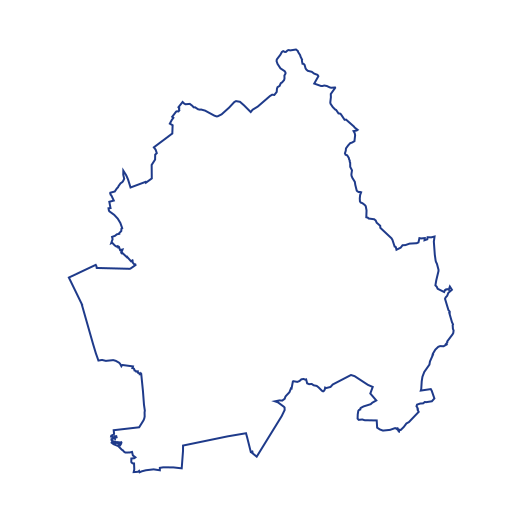 outline of Cerna, Tulcea, Romania, rotated 351°
{"feature_id": "2599482B66510571343783", "entity_name": "Cerna", "entity_type": "district", "adm_level": 2, "iso_a3": "ROU", "parent_name": "Romania", "parent_adm1": "Tulcea", "projection": "albers", "projection_center": [28.311, 45.064], "detail": "fine", "context": "isolated", "style": "outline", "palette": "blue", "viewbox_px": 512, "rotation_deg": 351, "n_neighbors": 0, "source": "geoboundaries", "source_scale": "gbopen_adm2", "svg_char_len": 6056}
<svg xmlns="http://www.w3.org/2000/svg" viewBox="0 0 512 512"><g transform="rotate(351 256 256)"><path d="M327.8,58.3L322.0,58.3L320.5,57.7L319.3,57.9L317.5,59.1L316.5,59.0L314.9,57.9L313.4,58.6L311.6,61.0L307.3,65.1L306.8,66.7L307.3,69.6L309.5,74.5L313.2,77.9L313.8,79.3L313.7,80.4L312.3,82.2L311.9,85.2L311.2,86.7L308.8,88.7L307.5,89.2L305.9,91.7L303.7,92.6L302.9,94.0L302.1,97.2L299.3,99.8L297.2,99.2L294.8,100.2L281.1,108.7L275.5,111.0L273.3,113.0L267.8,105.4L264.3,101.2L260.5,99.9L258.7,100.5L252.7,105.2L244.2,110.7L240.1,112.0L239.0,112.0L236.9,110.9L228.4,104.4L224.6,102.7L223.5,102.7L221.7,102.0L219.1,99.6L217.7,99.4L216.6,97.7L214.4,95.4L210.1,95.1L208.8,94.1L207.6,92.4L202.7,96.9L203.4,97.9L202.9,98.7L203.1,100.1L202.0,101.1L200.6,100.7L199.7,100.9L195.0,105.4L196.0,106.6L194.0,108.6L191.6,111.8L194.1,113.8L192.5,121.9L172.1,132.7L173.5,135.3L174.1,138.9L172.3,140.1L171.4,145.0L167.2,149.7L165.2,163.1L158.7,166.4L158.5,165.5L142.8,168.7L141.6,160.5L140.9,157.7L140.4,155.9L138.3,151.0L137.6,155.0L137.9,159.1L136.3,161.4L135.5,162.1L133.6,163.0L131.3,165.3L130.4,166.6L129.1,167.5L126.6,170.2L122.0,170.7L121.8,171.1L122.0,172.7L122.7,173.8L124.2,179.0L119.6,179.5L119.8,185.9L117.8,185.8L117.8,187.6L118.1,188.9L122.4,193.2L125.3,197.5L127.2,202.2L128.2,207.6L127.4,208.0L126.8,210.3L124.4,212.1L124.4,212.7L122.0,212.8L119.9,214.0L116.8,214.6L117.0,216.9L115.0,220.7L116.0,220.4L118.1,223.4L119.7,224.9L121.0,224.6L121.4,225.5L121.1,225.6L121.2,226.0L122.1,225.8L122.7,228.9L125.2,228.7L124.3,230.3L123.4,231.0L123.5,231.9L124.0,232.5L124.6,232.2L128.3,237.0L128.6,236.7L131.7,241.6L133.3,241.0L133.4,241.7L133.0,242.1L133.0,242.7L133.5,243.7L134.4,245.1L135.5,245.4L135.6,246.1L130.0,248.8L129.3,248.9L96.8,242.9L96.8,241.2L96.3,239.7L67.8,248.0L76.6,276.9L76.4,277.0L81.3,317.5L82.6,327.0L84.0,334.6L87.7,334.6L91.3,336.1L98.7,336.5L101.1,337.6L104.1,340.0L104.9,341.2L105.8,343.8L106.7,342.8L107.2,342.8L117.2,345.8L116.4,347.4L117.2,347.6L117.9,348.4L118.1,350.1L119.1,350.5L119.6,351.5L121.2,351.4L121.2,352.9L122.7,353.7L122.6,354.6L123.3,354.7L123.9,353.9L124.2,354.4L123.2,371.9L122.1,385.3L122.0,391.4L121.5,392.9L120.9,397.2L120.2,399.0L119.2,400.7L113.8,406.9L88.2,405.8L88.0,409.4L87.5,410.1L85.0,410.8L84.6,411.7L87.6,413.0L88.3,412.0L89.8,412.1L89.9,413.3L88.0,413.5L88.0,414.5L86.7,413.9L84.6,414.3L84.5,415.2L86.2,417.0L87.9,417.2L88.5,418.2L89.5,418.0L92.0,418.7L91.9,419.3L92.2,419.5L93.7,418.8L93.9,419.1L93.4,420.3L92.3,421.6L89.7,418.9L87.8,418.7L85.0,416.7L84.2,417.8L85.9,419.6L90.2,422.2L93.2,426.4L94.1,427.1L94.9,428.5L96.2,429.7L100.6,430.3L102.9,430.1L103.2,433.7L105.4,436.0L104.1,436.7L101.2,436.5L100.6,439.9L100.8,440.5L101.7,441.5L103.1,441.8L102.4,447.7L101.4,450.3L104.7,450.6L106.0,450.6L106.9,450.0L107.2,451.4L109.5,450.8L113.7,450.4L121.5,450.7L127.5,452.6L127.9,450.2L131.4,450.2L141.4,451.9L149.4,454.1L153.4,437.2L154.3,431.8L199.8,429.7L218.2,429.5L218.4,429.5L218.9,434.0L220.2,448.7L221.8,448.5L221.9,449.1L221.1,449.6L225.3,454.3L256.3,418.2L260.2,412.6L260.5,410.1L260.0,409.3L254.8,404.0L252.0,402.5L256.6,402.3L259.3,402.9L262.0,401.5L263.0,399.6L263.8,398.8L267.7,395.8L269.9,392.1L270.4,392.4L272.8,385.7L273.3,385.5L277.1,386.8L279.4,386.3L281.5,384.9L283.8,384.9L285.2,385.8L286.2,385.7L286.6,389.8L288.4,390.9L291.0,391.1L292.7,392.7L295.6,393.8L297.2,395.5L300.2,399.6L301.1,400.2L301.9,399.9L303.0,398.7L303.7,396.8L304.6,397.4L309.1,397.0L311.7,394.9L331.2,388.4L334.6,390.1L346.4,400.8L350.8,403.6L347.4,409.7L352.2,417.5L347.9,419.1L346.1,420.3L338.7,421.4L335.8,422.4L335.2,422.9L335.0,423.9L333.6,424.2L332.8,425.0L331.7,428.4L330.9,432.5L331.8,433.9L335.4,434.1L337.6,435.2L349.5,437.3L348.8,444.5L351.2,446.7L354.1,448.3L361.2,448.7L366.1,447.8L367.0,447.9L367.5,448.5L368.6,448.2L368.9,448.4L368.4,449.3L369.3,450.5L369.5,451.6L369.8,451.8L370.4,450.0L371.7,450.5L375.2,448.0L378.4,444.9L381.0,444.0L392.3,435.4L391.6,433.4L392.0,432.6L391.6,432.3L391.7,431.0L391.0,429.5L391.8,428.0L395.1,427.4L398.0,427.7L399.9,426.6L401.2,427.0L407.0,427.0L409.9,424.6L408.5,416.7L407.8,414.8L397.7,414.7L398.4,413.2L400.1,405.6L401.5,401.3L404.1,396.8L410.3,390.4L411.3,387.4L415.2,381.4L414.9,381.3L415.4,380.2L418.5,376.5L421.8,374.2L423.8,373.8L427.1,374.5L430.3,373.3L429.8,372.7L431.4,371.4L431.5,370.3L438.0,364.0L438.8,362.9L439.5,360.5L439.1,358.7L439.4,355.2L439.9,354.4L439.2,352.0L438.2,344.0L438.1,343.1L438.3,343.2L438.6,341.2L437.6,339.5L436.0,327.9L436.8,326.6L438.6,325.2L440.2,322.5L444.2,320.0L442.7,316.5L441.1,319.5L439.9,318.7L438.4,318.7L437.9,319.4L437.2,319.3L436.2,321.0L430.3,316.8L429.7,314.6L428.6,313.1L430.2,308.3L433.9,299.4L434.1,298.1L433.5,292.1L432.8,289.8L432.7,288.3L432.8,282.7L433.9,269.6L435.4,264.7L431.9,265.0L428.4,264.3L427.8,266.3L424.9,266.8L425.5,264.7L421.9,264.5L420.2,263.9L418.6,268.0L416.7,268.5L409.6,267.8L405.3,268.6L402.4,268.3L400.2,270.4L395.7,271.8L395.5,269.2L395.2,268.7L394.4,268.4L393.3,261.5L392.6,259.7L383.2,247.6L383.4,245.6L380.4,242.0L379.8,239.7L378.5,238.2L373.1,236.6L372.4,235.6L371.0,235.0L372.3,228.3L372.2,224.0L371.4,222.6L369.4,220.5L367.8,219.6L367.2,218.3L367.5,215.4L368.4,212.0L369.8,209.5L368.8,209.0L367.4,208.9L366.2,207.9L365.7,207.1L365.2,201.3L365.2,198.2L363.4,193.9L362.9,191.7L363.0,190.2L364.2,186.4L363.0,182.7L363.6,178.6L363.3,177.6L363.5,176.2L363.1,175.3L363.0,173.6L361.8,170.8L360.3,170.0L359.9,168.5L361.1,166.1L361.7,163.8L364.4,161.1L366.8,159.2L368.2,159.1L371.2,158.0L372.8,152.2L372.7,150.0L371.9,147.9L375.1,147.8L376.1,147.3L373.4,144.4L373.1,143.6L366.3,135.4L364.8,135.3L362.0,129.2L361.3,128.5L359.8,128.1L358.0,124.3L357.1,123.7L355.1,120.9L353.4,117.2L353.4,115.9L354.8,110.9L355.2,107.7L360.5,102.3L360.4,101.9L356.6,101.6L355.2,101.0L352.6,99.2L350.1,98.3L348.2,98.5L346.7,98.2L340.5,94.8L345.4,88.6L345.7,88.2L345.5,87.4L344.9,86.6L341.9,84.9L339.9,82.8L336.1,81.2L334.8,79.6L334.3,78.4L333.9,74.9L333.1,73.7L332.0,73.4L331.9,70.9L332.0,69.4L332.2,69.2L331.2,66.1L331.0,64.5L329.6,61.3L329.4,60.1L327.8,58.3Z" fill="none" stroke="#1e3a8a" stroke-width="2"/></g></svg>